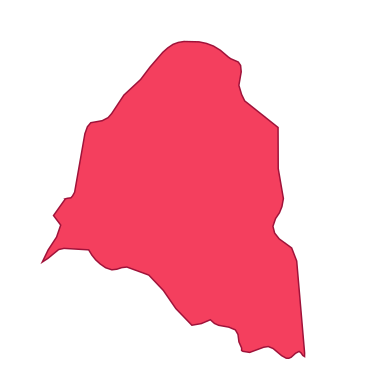 Annaba, Natural Earth projection, rotated 189°
{"feature_id": "DZA-2163", "entity_name": "Annaba", "entity_type": "Province", "adm_level": 1, "iso_a3": "DZA", "parent_name": "Algeria", "parent_adm1": "", "projection": "natural_earth1", "projection_center": [7.527, 36.848], "detail": "fine", "context": "isolated", "style": "filled", "palette": "rose", "viewbox_px": 384, "rotation_deg": 189, "n_neighbors": 0, "source": "natural_earth", "source_scale": "10m", "svg_char_len": 1204}
<svg xmlns="http://www.w3.org/2000/svg" viewBox="0 0 384 384"><g transform="rotate(189 192 192)"><path d="M55.1,47.1L57.0,47.9L59.2,50.2L61.3,51.3L64.5,48.9L68.2,44.3L70.4,42.9L73.0,42.6L77.9,44.4L87.4,50.1L92.5,51.3L96.9,49.9L109.9,42.6L116.8,42.6L118.2,43.2L118.6,45.7L122.2,51.3L124.3,58.5L127.6,62.6L134.6,64.3L144.8,64.5L149.3,65.7L153.9,68.7L162.2,63.5L171.3,60.4L189.7,74.3L204.9,90.3L221.7,103.2L244.6,107.7L249.6,106.3L254.1,104.0L259.0,102.6L265.5,103.7L271.3,106.5L276.5,109.9L281.0,114.0L285.0,118.7L309.6,116.3L314.7,114.3L324.0,103.8L328.9,99.4L325.0,112.3L318.7,126.3L316.5,138.8L325.1,147.1L316.1,165.2L316.3,165.3L314.1,166.3L310.7,167.3L309.4,169.3L307.9,173.4L306.9,232.8L305.5,240.1L302.8,244.6L291.8,248.4L286.5,252.3L283.6,256.9L274.4,277.1L260.4,295.0L252.9,309.0L242.7,325.4L238.5,330.5L233.8,334.9L228.9,337.6L223.5,339.4L208.5,341.4L200.9,341.0L193.6,339.5L186.1,336.4L177.3,331.0L174.6,329.7L166.6,327.6L163.8,324.6L162.2,318.4L162.4,304.7L158.3,296.1L154.2,290.2L117.1,269.2L110.5,228.6L100.7,199.8L100.9,191.6L102.4,185.1L105.3,178.9L106.7,170.8L104.0,164.4L98.5,159.3L84.8,152.3L77.8,140.2L55.6,50.6L55.1,47.1Z" fill="#f43f5e" stroke="#9f1239" stroke-width="1.5"/></g></svg>